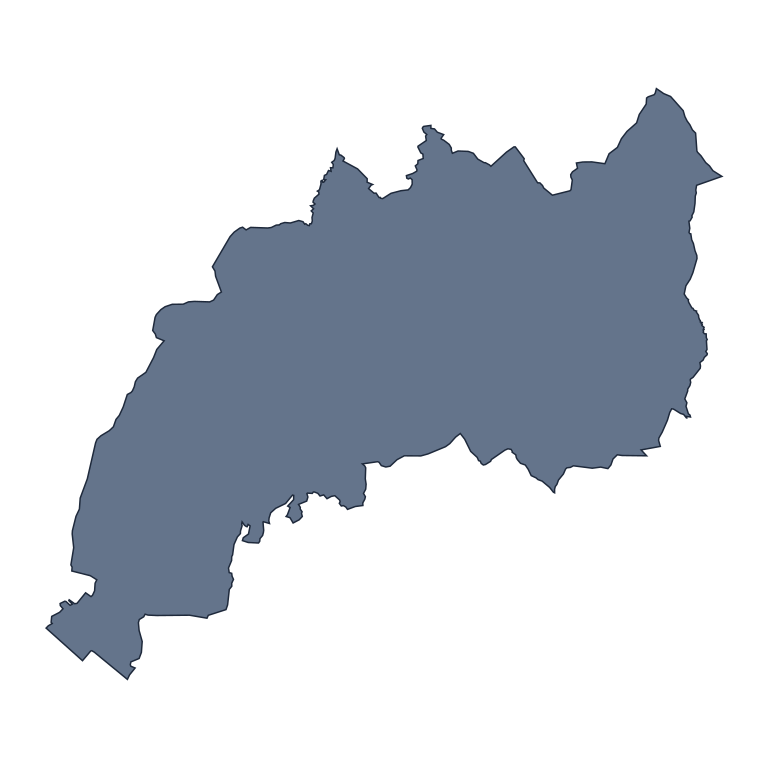 Balanesti, Gorj, Romania
{"feature_id": "2599482B82822475618537", "entity_name": "Balanesti", "entity_type": "district", "adm_level": 2, "iso_a3": "ROU", "parent_name": "Romania", "parent_adm1": "Gorj", "projection": "natural_earth1", "projection_center": [23.427, 45.073], "detail": "fine", "context": "isolated", "style": "filled", "palette": "slate", "viewbox_px": 768, "rotation_deg": 0, "n_neighbors": 0, "source": "geoboundaries", "source_scale": "gbopen_adm2", "svg_char_len": 6085}
<svg xmlns="http://www.w3.org/2000/svg" viewBox="0 0 768 768"><path d="M690.5,417.0L690.0,415.1L688.4,413.8L686.0,406.3L686.9,402.8L684.8,398.9L687.7,391.0L687.7,389.1L689.9,385.6L690.7,382.4L690.2,379.8L690.6,379.0L693.1,377.3L700.2,368.3L700.5,366.0L699.9,362.6L703.1,360.1L704.3,357.4L707.1,354.8L707.3,353.6L705.8,351.5L707.0,349.5L706.4,340.7L707.2,339.6L706.3,337.6L706.2,333.9L704.4,333.7L703.2,332.3L703.6,331.0L703.1,330.0L704.1,329.4L703.6,328.2L704.1,327.3L701.9,325.5L702.3,324.2L701.3,323.7L702.1,322.5L700.3,322.0L700.3,320.5L699.5,319.7L698.7,317.3L698.5,315.2L696.3,312.0L696.6,311.1L694.1,310.3L693.0,308.4L691.8,307.8L688.7,302.3L688.2,300.4L688.5,299.7L686.6,297.9L684.2,294.0L685.9,285.8L690.2,279.2L692.9,272.7L697.0,258.5L696.8,255.4L695.0,250.7L693.4,243.5L691.7,239.8L690.8,233.8L689.7,233.6L689.0,232.4L689.8,228.3L688.9,221.2L690.1,220.8L692.2,217.1L691.8,215.9L693.8,211.9L695.0,203.4L695.3,196.0L696.3,193.0L695.8,190.1L696.6,185.3L721.9,176.4L712.9,170.7L709.5,165.9L705.7,162.6L701.0,155.8L697.6,152.3L696.9,151.0L695.6,133.1L692.4,129.9L689.9,124.8L687.1,121.0L684.9,116.6L683.2,110.7L670.6,96.5L663.7,93.6L656.4,88.6L655.2,93.2L654.2,94.7L648.2,96.8L646.6,98.0L646.2,104.1L639.3,114.4L636.6,122.9L627.0,131.4L621.4,138.7L617.4,147.4L609.1,153.7L604.9,163.7L591.9,161.9L582.9,162.0L576.4,163.0L577.5,168.3L572.5,171.8L570.7,174.6L570.9,177.1L572.3,180.0L571.0,189.7L569.9,190.8L552.4,195.2L543.7,188.0L542.5,185.5L539.9,182.9L537.6,182.8L523.7,160.7L524.2,158.7L515.3,146.9L513.9,146.9L506.5,152.1L490.9,166.3L489.5,164.9L485.4,162.7L484.1,162.7L477.8,159.1L473.4,153.3L468.2,151.4L458.0,151.0L452.4,153.3L451.3,150.2L451.3,148.0L449.2,144.4L443.7,140.2L441.3,139.1L441.1,138.3L443.7,134.6L437.3,132.2L434.5,128.9L430.9,128.4L430.9,125.4L423.7,126.4L422.9,127.1L422.3,128.3L423.9,132.1L426.8,134.5L425.6,136.1L426.3,140.5L418.0,146.2L417.9,147.1L420.8,152.9L422.9,154.1L423.2,158.5L418.0,160.5L417.8,163.8L415.3,165.9L417.0,169.8L416.7,171.2L412.7,173.5L406.4,175.6L406.8,178.2L408.3,179.0L410.3,178.1L412.1,179.7L412.2,184.2L410.5,187.6L408.1,189.9L401.0,190.7L391.0,193.3L382.7,198.6L380.5,198.2L380.2,197.4L379.0,197.5L376.1,193.1L374.0,193.2L368.6,188.6L371.1,185.2L372.6,184.5L367.1,182.2L367.2,178.7L357.6,168.9L343.0,161.0L344.4,158.5L344.1,157.6L340.9,155.1L339.3,154.8L337.1,148.8L335.9,152.1L335.1,158.3L334.2,160.5L331.7,162.3L333.3,164.5L332.9,167.8L330.5,167.7L331.1,171.3L328.5,170.5L326.6,174.4L324.4,175.4L323.7,179.6L325.7,179.8L323.7,182.2L322.8,182.3L322.1,180.3L320.9,181.1L321.0,184.0L319.7,188.9L319.3,189.9L317.4,191.1L318.8,192.0L318.9,194.2L314.3,198.2L313.2,201.0L313.0,202.2L315.0,204.0L313.4,205.3L310.6,205.8L313.6,208.8L311.2,210.9L313.2,213.0L312.0,217.5L312.3,221.0L311.4,223.7L309.8,223.8L309.3,225.6L307.7,225.3L305.8,223.7L304.7,224.2L303.0,221.7L298.8,220.5L290.3,223.0L284.8,222.5L280.7,223.7L279.3,224.9L276.2,225.1L271.3,227.5L267.7,228.0L250.6,227.4L246.1,229.9L242.6,227.2L239.8,228.1L234.2,232.1L230.1,236.6L212.4,266.8L215.0,271.1L215.6,276.3L221.4,292.0L217.3,294.6L213.6,300.1L209.7,301.9L194.3,301.4L188.4,301.9L183.2,304.2L172.2,304.3L165.1,306.7L160.9,309.6L156.4,314.5L155.1,317.3L152.7,330.5L155.3,334.0L156.4,337.6L164.1,340.8L156.8,349.4L153.6,357.5L145.9,372.3L137.6,378.1L135.4,381.7L134.2,386.9L132.4,390.9L131.0,392.5L127.3,394.5L123.2,407.0L119.3,415.4L116.0,419.4L113.4,426.8L109.1,430.8L101.0,435.7L97.0,439.3L95.6,442.8L87.3,478.9L80.2,498.1L79.4,509.1L76.0,516.3L72.4,530.7L72.2,534.0L73.7,547.7L70.9,564.9L72.1,567.1L71.8,571.0L90.3,575.7L96.8,579.8L95.1,583.2L94.6,590.8L92.5,595.3L91.0,596.6L85.6,592.8L77.0,603.4L74.6,603.7L69.2,599.8L68.8,600.6L72.3,604.2L70.1,605.3L66.0,601.5L64.8,601.2L60.1,603.5L60.3,605.6L63.0,608.8L59.6,612.3L51.7,616.4L51.1,622.3L52.2,623.5L48.3,625.8L46.1,628.1L82.5,660.7L90.7,651.0L91.8,650.7L94.2,652.1L127.4,679.4L129.6,674.8L135.1,668.0L130.8,666.2L130.3,664.7L130.9,661.9L139.1,658.5L141.4,652.4L142.2,641.5L139.1,630.5L138.4,622.6L139.3,619.5L143.7,616.8L145.1,614.2L148.0,615.1L156.9,615.5L189.5,615.2L207.0,618.2L208.3,615.3L226.0,609.6L227.6,604.9L229.3,589.4L231.8,586.2L231.7,583.2L233.5,579.4L232.1,576.3L231.7,573.3L229.2,572.6L228.5,568.0L231.6,560.5L231.7,556.6L232.6,554.9L234.0,544.5L237.4,536.9L240.4,533.6L240.5,531.0L242.1,525.8L241.7,524.0L242.1,521.9L244.5,525.3L246.4,526.6L247.2,526.7L248.1,524.4L250.1,525.9L248.5,534.0L243.3,537.7L242.4,540.6L248.2,542.5L258.5,543.0L259.7,541.4L260.0,538.6L262.6,535.5L263.4,532.5L263.7,530.3L263.0,522.1L263.3,521.7L269.5,523.5L268.8,520.9L269.1,517.9L270.7,512.8L275.7,508.3L285.6,503.5L292.5,495.1L293.7,495.4L293.6,499.7L287.7,506.1L290.1,507.5L287.4,514.8L286.1,516.5L290.0,517.7L293.1,523.0L299.2,519.8L302.3,516.5L301.5,513.3L302.1,511.8L300.2,509.0L300.3,507.3L298.5,504.4L306.7,501.1L307.9,497.0L306.9,493.6L307.4,493.1L312.3,493.4L313.3,492.0L314.4,492.0L317.8,493.3L320.0,496.0L323.7,494.9L327.0,498.7L331.3,496.4L334.8,495.7L339.6,500.0L340.1,501.8L339.3,503.3L341.3,506.0L343.4,505.6L345.8,507.0L347.5,509.4L355.3,506.5L362.9,505.5L362.8,502.9L364.8,499.2L365.4,496.7L363.5,493.4L365.7,489.2L366.1,484.2L365.3,478.8L365.7,467.8L364.8,466.0L362.4,463.9L377.6,461.7L379.1,462.3L381.3,465.6L385.8,467.0L390.1,466.2L397.0,459.7L404.3,455.8L420.9,455.9L428.1,453.9L445.5,446.7L449.8,443.6L455.6,437.1L460.3,433.5L464.7,439.2L470.7,451.4L477.2,457.4L478.6,460.6L480.3,461.2L481.2,463.4L483.3,465.0L485.5,464.5L490.6,461.3L491.4,459.5L504.8,450.2L507.9,448.8L511.1,449.4L512.3,451.4L512.1,452.2L515.8,454.8L516.3,457.6L517.3,459.5L520.5,463.3L525.3,465.0L528.2,469.3L531.2,475.6L536.1,477.9L538.0,479.6L542.1,481.1L549.6,487.4L553.4,492.2L554.6,492.8L554.6,489.2L555.3,486.5L556.9,484.4L558.5,480.0L563.4,474.0L565.6,469.0L566.9,467.8L570.4,467.4L573.4,465.8L592.3,468.2L600.7,467.1L607.9,468.6L610.9,465.0L613.0,459.0L617.3,454.8L622.1,455.5L646.6,455.8L641.1,449.9L660.3,446.4L658.6,440.4L658.9,438.0L662.2,432.2L667.4,420.3L669.7,412.6L671.7,408.8L673.5,409.1L680.6,413.5L683.6,414.4L686.4,417.9L686.8,417.9L686.5,416.4L690.5,417.0Z" fill="#64748b" stroke="#1e293b" stroke-width="1.5"/></svg>